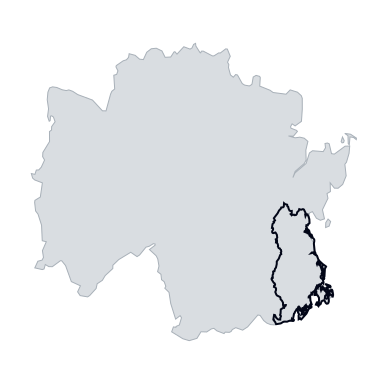 Mecklenburg-Vorpommern highlighted on a map of Germany, rotated 93°
{"feature_id": "DEU-3488", "entity_name": "Mecklenburg-Vorpommern", "entity_type": "State", "adm_level": 1, "iso_a3": "DEU", "parent_name": "Germany", "parent_adm1": "", "projection": "natural_earth1", "projection_center": [12.667, 53.898], "detail": "fine", "context": "in_parent", "style": "outline", "palette": "ink", "viewbox_px": 384, "rotation_deg": 93, "n_neighbors": 0, "source": "natural_earth", "source_scale": "10m", "svg_char_len": 9200}
<svg xmlns="http://www.w3.org/2000/svg" viewBox="0 0 384 384"><g transform="rotate(93 192 192)"><path d="M160.3,343.0L149.1,336.9L139.1,337.5L137.5,335.5L134.1,335.6L129.0,332.4L124.4,334.3L123.3,336.1L123.6,337.2L128.2,337.4L128.8,338.3L124.1,340.2L116.4,339.6L107.4,341.4L99.8,341.1L95.5,339.6L94.3,336.7L94.7,332.5L96.7,327.0L97.3,322.9L96.5,320.3L97.7,316.4L100.7,311.2L105.4,296.2L115.6,285.7L115.5,282.1L98.4,278.4L95.6,277.3L93.2,274.6L79.5,276.2L78.5,273.4L74.9,272.3L71.0,274.5L69.7,274.2L64.6,267.6L63.4,264.4L60.9,262.4L57.2,262.0L58.5,255.9L62.1,251.3L62.3,247.5L54.8,244.5L51.1,240.2L50.3,235.2L52.7,229.4L58.9,225.9L58.3,220.3L53.1,217.3L52.8,216.4L55.1,214.2L47.4,207.8L49.4,201.4L48.1,199.5L44.5,198.1L43.4,196.2L46.0,195.8L52.4,191.3L52.6,190.6L50.9,190.0L50.7,188.2L55.0,178.8L54.9,177.2L51.7,172.6L51.7,171.0L47.3,165.8L47.4,164.2L54.5,160.9L60.5,163.3L62.8,161.9L65.8,162.1L73.1,159.7L75.2,156.8L72.4,154.5L72.8,152.7L81.1,147.5L82.5,145.0L83.1,140.3L82.1,138.7L81.0,137.7L74.0,136.9L72.2,134.1L73.0,130.5L74.2,129.8L82.7,129.9L86.3,119.4L88.4,116.2L89.4,103.2L84.9,99.3L86.8,91.9L90.1,87.9L92.6,86.8L103.6,86.2L115.7,86.4L120.6,92.5L118.7,95.6L121.6,97.0L123.1,96.5L125.0,90.8L126.0,89.9L131.0,93.7L131.0,98.6L132.5,91.9L131.6,87.2L132.4,82.7L135.4,78.9L144.2,80.5L154.1,79.7L157.7,81.4L166.0,90.1L172.3,92.0L167.5,90.1L157.5,79.5L146.9,76.8L144.5,73.8L144.8,63.1L140.9,61.0L136.6,61.7L136.0,59.3L136.7,57.5L146.4,54.7L146.7,51.8L138.2,41.5L137.9,36.9L145.2,37.2L154.2,39.3L156.3,40.8L167.8,38.9L176.5,41.9L180.6,46.3L180.7,50.0L175.6,54.5L184.3,53.8L186.5,57.1L191.2,55.9L202.9,60.8L211.9,58.3L213.5,62.3L211.7,66.4L205.3,70.7L206.7,73.4L208.7,74.0L214.7,73.4L224.1,76.0L236.7,67.8L246.8,66.9L261.5,54.7L275.9,57.0L279.7,62.2L289.3,68.0L298.1,67.5L301.3,73.0L302.7,79.8L307.8,83.3L315.3,84.8L316.6,91.9L320.4,103.1L320.3,106.6L319.0,110.4L316.6,113.7L311.7,117.5L311.4,119.8L323.8,129.4L327.3,134.2L325.2,141.2L327.2,144.5L329.3,145.7L330.2,147.4L330.2,151.5L331.7,152.6L329.3,160.0L327.0,163.0L327.7,165.5L331.0,170.0L331.1,175.7L337.9,179.4L340.6,187.0L339.0,193.5L332.7,205.0L327.7,203.5L328.0,201.0L327.1,200.9L325.5,197.7L318.1,195.9L316.1,197.4L319.8,201.7L304.5,207.4L293.4,209.7L289.5,214.1L287.5,213.2L283.0,215.1L281.2,217.8L275.8,218.7L273.4,222.2L267.7,221.1L260.6,222.7L257.5,224.5L251.7,231.5L247.1,226.1L245.9,226.1L245.6,227.9L248.4,231.8L249.5,235.1L257.6,241.0L259.4,243.5L255.4,250.0L263.3,261.6L269.3,267.2L272.6,267.1L280.0,274.3L284.9,276.9L288.6,281.9L293.4,282.7L300.7,288.7L302.2,290.7L301.3,298.3L297.7,301.0L291.5,298.5L287.8,307.8L272.1,314.4L267.5,318.5L267.5,319.8L273.9,327.6L274.0,331.1L272.1,334.7L276.6,335.7L277.3,337.5L276.0,345.0L269.2,342.3L267.9,338.2L265.1,336.9L258.4,338.3L249.3,334.9L248.5,339.0L233.0,340.5L222.2,344.6L219.1,347.2L210.6,348.6L208.5,348.4L205.0,343.2L190.7,341.9L188.2,349.7L186.4,351.9L182.0,353.4L182.6,349.8L178.2,348.6L178.0,346.2L175.1,343.8L167.8,340.9L164.5,343.0L160.3,343.0ZM297.6,58.1L298.4,60.9L297.5,62.3L294.0,59.9L290.4,60.0L288.2,63.6L286.6,63.7L281.1,60.5L280.2,58.9L280.6,51.5L282.4,50.0L282.6,47.7L285.7,45.3L288.4,45.2L290.6,48.6L295.9,50.9L296.3,51.9L293.5,54.8L294.2,56.4L297.6,58.1ZM313.7,75.8L313.8,79.1L304.6,78.7L303.8,76.3L304.4,73.9L301.4,71.3L301.4,68.6L313.7,75.8ZM127.6,39.2L125.5,42.5L126.0,36.7L129.6,30.6L131.1,30.7L129.1,33.5L128.7,37.1L136.6,37.4L135.6,38.5L127.6,39.2ZM220.5,56.7L215.6,56.8L211.9,54.7L214.2,52.0L218.9,53.3L220.5,56.7ZM135.1,44.7L133.8,45.7L129.2,44.6L132.7,42.7L134.7,43.2L135.1,44.7Z" fill="#d9dde1" stroke="#a8b0b8" stroke-width="1"/><path d="M315.4,86.0L315.4,87.8L316.5,90.2L316.6,93.0L316.8,93.9L318.6,96.5L319.6,101.1L317.5,102.1L316.6,103.0L315.7,103.3L315.5,103.9L315.1,104.1L310.4,103.6L310.5,102.8L313.1,101.4L314.3,100.0L314.8,99.1L314.8,97.2L312.8,97.2L311.6,96.7L310.8,96.9L310.2,97.6L308.7,97.2L304.6,97.2L302.9,94.8L302.9,93.9L301.4,93.5L300.6,92.5L300.0,92.4L300.0,93.2L301.0,94.9L300.0,95.2L297.8,95.3L295.8,96.5L294.5,97.9L292.8,98.2L292.3,98.5L290.9,101.7L290.1,102.4L287.5,103.6L285.7,103.0L284.2,103.0L283.1,103.6L282.5,105.2L281.2,105.1L280.5,104.2L279.8,104.2L278.7,104.9L278.4,105.6L275.2,107.9L274.3,108.0L273.4,107.6L273.8,107.0L273.6,106.8L270.8,107.2L269.5,106.6L267.2,106.8L266.9,106.5L266.8,105.5L264.4,105.1L263.1,104.2L259.5,103.6L256.9,103.7L254.0,101.8L250.4,100.7L249.3,99.6L247.9,100.2L247.0,99.7L245.2,100.1L244.7,100.8L243.8,101.3L243.5,102.5L241.8,103.4L241.2,103.2L239.4,103.7L238.6,104.4L237.2,104.5L237.8,104.9L237.9,105.5L236.3,105.4L234.9,105.9L234.5,105.2L233.1,104.5L230.3,105.0L228.2,106.4L228.0,106.8L228.5,107.5L228.8,108.8L228.6,109.4L228.0,109.8L227.1,109.9L225.4,109.1L224.3,109.1L223.8,109.3L223.7,110.3L219.8,109.9L218.2,108.5L217.3,109.0L216.1,107.6L213.9,108.9L208.8,105.4L205.9,104.1L203.9,102.4L202.8,102.1L202.5,100.3L201.8,99.6L198.4,99.5L199.2,98.5L199.7,96.3L201.3,96.0L201.7,95.2L203.5,94.7L205.5,93.6L205.9,92.3L205.7,91.4L208.2,91.3L208.9,92.3L209.7,91.5L209.3,91.4L209.7,91.0L209.3,89.0L209.7,88.7L209.8,88.1L209.4,86.8L208.5,86.2L206.7,85.9L205.1,84.4L203.5,84.0L204.0,82.2L203.3,80.3L203.7,79.3L207.7,77.1L208.4,77.2L208.5,77.8L210.1,77.4L208.5,76.8L208.3,76.6L208.3,75.4L208.9,75.3L210.2,74.4L213.0,73.4L216.9,73.0L217.4,73.3L217.8,74.2L219.2,74.6L219.1,76.0L220.7,76.2L222.0,75.3L222.7,76.2L224.1,76.2L225.3,77.5L225.9,77.6L226.5,75.7L226.4,75.0L227.2,74.5L227.0,73.7L228.1,72.8L227.9,72.3L229.0,72.5L229.6,72.2L230.2,71.1L231.3,70.3L231.3,69.3L232.3,68.0L233.3,67.4L234.6,67.3L237.2,67.6L244.8,66.4L246.0,65.8L246.1,69.1L246.9,69.8L246.3,67.8L246.6,67.3L247.5,66.9L247.8,66.4L246.5,66.7L246.7,66.3L249.2,63.8L252.4,62.5L254.1,61.3L257.2,57.6L259.2,54.4L260.2,53.8L260.0,54.1L260.7,54.9L262.1,55.3L269.3,55.3L270.5,55.7L271.2,55.4L272.1,55.6L272.5,56.1L271.7,56.6L270.9,56.7L265.3,56.1L264.6,56.6L263.1,56.5L262.6,57.2L262.4,56.9L261.7,57.2L261.9,57.7L262.4,57.7L262.2,58.0L260.9,57.8L260.0,58.6L258.9,57.8L257.2,57.9L256.6,59.0L256.7,59.7L255.9,59.4L255.6,59.7L255.9,60.2L255.7,60.6L254.8,61.1L255.3,62.4L255.0,62.8L256.4,63.5L257.1,63.6L257.8,63.3L256.3,62.8L256.8,61.9L258.3,61.1L258.5,60.2L261.1,59.1L260.4,58.8L260.4,58.6L261.5,58.6L261.5,58.3L262.1,58.7L264.8,57.7L264.6,57.2L264.9,57.0L266.1,56.9L266.1,57.2L265.3,57.6L265.0,58.6L265.7,57.4L266.6,58.3L267.0,58.0L267.7,58.2L268.3,57.7L269.3,59.1L270.4,59.1L271.1,58.8L272.0,57.4L272.8,56.8L275.3,55.9L276.1,56.1L275.7,56.3L275.9,57.4L278.1,58.6L277.5,59.4L277.6,60.0L278.5,61.1L278.7,62.3L280.5,62.5L280.5,62.8L279.6,63.0L280.6,62.9L284.2,64.2L285.3,65.8L286.2,66.4L285.3,66.9L287.3,66.5L287.9,66.7L287.2,67.5L288.4,67.5L289.4,69.3L290.5,70.0L291.2,70.0L291.2,69.8L290.3,68.6L294.2,68.1L297.7,66.7L297.8,67.1L297.3,67.3L297.3,67.5L300.8,69.5L299.7,71.9L298.8,72.3L300.5,73.8L301.8,74.3L302.1,75.6L303.9,76.1L304.0,76.5L303.5,77.3L301.2,78.8L300.8,79.3L301.1,79.8L302.6,80.3L303.8,81.6L304.1,81.5L306.5,83.0L307.5,83.2L308.2,83.8L313.0,84.4L313.9,84.2L314.5,83.5L315.0,83.6L315.4,83.9L315.5,84.6L313.8,85.7L315.4,86.0ZM297.2,57.7L298.6,59.4L299.4,59.7L298.3,60.8L298.0,62.4L297.0,62.2L297.7,62.1L297.7,61.3L296.7,61.8L295.8,61.6L295.8,61.3L296.9,61.0L297.7,60.2L296.0,60.3L294.7,60.8L297.0,59.7L297.0,59.4L295.7,59.4L295.0,59.9L294.1,59.4L290.9,59.7L288.7,61.1L288.0,62.1L286.5,62.5L286.4,63.6L286.8,63.3L286.6,63.0L288.3,62.9L288.5,64.3L288.0,64.4L286.1,64.1L285.0,63.5L285.7,62.2L284.8,62.8L285.1,63.0L283.6,63.3L281.7,62.5L281.4,62.1L281.6,61.6L279.8,61.9L279.6,61.6L279.8,61.3L280.7,61.3L280.7,61.1L278.7,60.0L279.8,58.4L280.6,58.1L282.1,58.5L283.5,58.0L282.6,57.7L282.6,56.6L281.8,56.2L280.0,56.3L280.8,55.3L283.3,54.6L283.7,54.1L282.4,53.6L282.2,53.3L282.4,52.7L280.9,53.0L280.3,52.6L280.1,51.7L279.6,51.6L283.3,51.2L284.2,51.7L284.5,52.5L284.8,51.9L284.6,51.3L285.6,50.4L286.7,49.9L285.9,51.3L286.6,51.6L286.1,52.4L287.2,52.0L287.4,51.6L286.6,51.3L287.0,50.7L288.3,52.3L288.1,53.0L288.7,53.6L291.1,53.8L290.9,53.5L291.6,52.4L290.9,51.0L291.6,50.7L290.5,51.0L289.0,51.0L288.5,50.3L287.7,50.1L286.7,48.8L283.7,50.9L283.1,50.7L283.2,49.5L284.0,48.5L284.3,47.5L282.2,47.8L282.3,47.1L283.1,46.6L287.4,45.7L289.1,46.0L289.1,46.3L287.4,47.2L287.2,47.8L287.5,49.1L288.5,49.9L289.8,50.2L293.9,49.6L295.4,49.9L296.3,50.6L296.5,51.7L295.7,52.7L293.6,53.9L293.3,54.5L293.7,55.9L294.4,56.9L297.2,57.7ZM313.6,76.3L313.1,77.4L312.5,77.6L313.4,78.8L309.8,79.1L308.5,78.7L306.8,79.8L305.0,80.1L301.9,79.9L301.3,79.3L304.8,77.9L305.0,76.7L303.8,75.0L303.9,74.0L306.1,74.2L305.6,76.2L306.5,75.3L307.8,75.3L307.4,75.9L308.5,76.2L308.2,75.7L308.6,74.6L308.6,73.6L308.1,72.9L307.4,73.1L306.3,71.5L305.2,71.0L304.2,71.5L304.5,72.3L303.4,73.4L302.3,73.7L302.4,73.1L303.0,72.3L302.6,71.7L301.3,72.2L300.4,73.0L299.7,72.8L300.8,70.7L301.0,69.6L300.7,69.0L299.0,67.5L299.8,66.7L301.0,66.7L302.3,68.9L303.2,69.6L307.4,71.3L313.6,76.3ZM223.3,74.5L223.8,73.6L224.9,72.8L226.3,72.5L227.2,72.8L225.9,75.3L225.5,75.4L225.7,74.4L225.6,73.9L225.1,74.2L225.3,74.8L224.8,75.1L223.3,74.5ZM279.6,49.3L278.8,49.8L278.3,52.1L277.4,53.0L277.2,54.6L277.1,53.1L278.3,49.4L278.5,49.1L279.8,49.1L280.0,49.8L279.8,49.6L279.8,50.2L279.6,50.2L279.6,49.3ZM228.2,70.7L228.4,70.3L231.0,69.2L229.0,70.8L228.5,71.4L228.2,70.7Z" fill="none" stroke="#020617" stroke-width="2"/></g></svg>